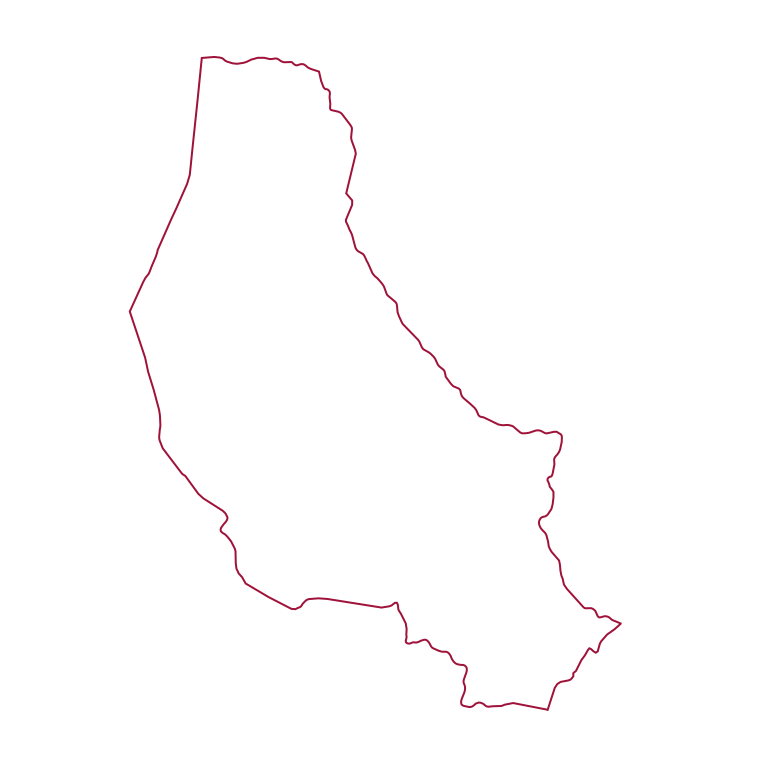 La Rioja, Natural Earth projection, rotated 186°
{"feature_id": "ARG-1302", "entity_name": "La Rioja", "entity_type": "Province", "adm_level": 1, "iso_a3": "ARG", "parent_name": "Argentina", "parent_adm1": "", "projection": "natural_earth1", "projection_center": [-67.822, -29.835], "detail": "fine", "context": "isolated", "style": "outline", "palette": "rose", "viewbox_px": 768, "rotation_deg": 186, "n_neighbors": 0, "source": "natural_earth", "source_scale": "10m", "svg_char_len": 5714}
<svg xmlns="http://www.w3.org/2000/svg" viewBox="0 0 768 768"><g transform="rotate(186 384 384)"><path d="M152.2,142.6L153.2,141.1L155.9,135.0L158.7,130.3L163.1,118.7L165.4,116.4L165.5,115.3L165.2,114.3L165.2,113.1L166.5,110.8L167.9,109.3L169.9,108.4L177.2,106.2L180.3,103.7L182.4,99.6L187.2,77.0L188.8,77.3L222.2,80.2L230.4,77.7L232.8,76.4L234.0,76.0L242.7,74.8L245.9,74.0L247.1,74.0L248.2,74.1L249.0,74.4L251.7,76.2L252.8,76.6L254.6,77.1L255.8,77.1L256.7,77.0L258.6,76.1L259.2,75.8L260.2,74.8L261.1,73.7L262.6,72.5L264.0,71.9L265.3,71.6L271.0,72.2L272.3,72.7L273.2,73.2L273.6,73.8L273.8,74.5L274.0,75.2L274.1,76.1L274.1,76.9L273.8,78.8L271.8,85.9L271.7,86.8L271.5,88.6L271.6,90.3L271.9,91.8L272.2,92.5L273.5,95.1L273.7,95.7L273.8,96.5L273.8,97.4L273.7,98.4L271.9,105.9L271.7,107.9L271.8,108.7L271.9,109.5L272.3,110.6L272.4,110.8L272.6,111.1L274.2,112.4L275.2,112.7L276.1,112.9L277.6,112.7L279.9,112.8L281.8,113.0L283.0,113.4L283.9,113.8L285.1,114.7L286.2,115.7L287.9,117.9L289.2,120.4L290.4,122.0L291.7,123.2L292.7,123.8L293.7,124.1L294.5,124.2L298.4,123.8L301.6,124.4L306.9,126.1L308.1,126.6L308.8,127.0L309.8,128.1L311.0,129.8L311.3,130.4L312.7,132.1L314.3,133.4L315.4,133.9L316.4,134.0L317.8,133.7L320.3,132.6L322.7,131.1L324.6,130.3L325.3,130.2L327.2,130.2L328.5,130.0L330.5,128.9L331.4,128.5L333.1,128.4L334.3,128.8L335.1,129.4L335.4,130.1L335.5,131.0L335.1,133.9L335.1,134.8L335.6,137.0L335.9,142.8L337.3,148.0L337.6,148.6L343.3,157.5L345.1,159.7L345.9,160.9L346.2,161.5L346.4,162.3L346.8,164.6L347.3,166.1L348.4,167.8L350.3,167.5L353.4,164.5L355.4,163.5L363.1,161.4L417.7,164.3L426.7,164.0L435.9,162.3L437.5,161.7L438.6,160.9L439.6,159.9L441.7,157.2L442.3,156.2L442.5,155.5L442.9,154.8L443.3,154.2L443.7,153.8L444.4,153.2L445.9,152.5L448.6,150.8L452.6,150.7L476.7,160.1L500.7,171.1L504.9,177.0L508.8,180.5L509.8,182.4L510.7,183.7L511.2,184.5L511.5,185.2L512.7,190.3L514.2,202.3L515.3,204.9L519.6,211.5L523.6,215.6L525.8,217.4L526.5,217.9L529.1,219.1L530.8,220.4L531.1,221.2L531.3,222.4L531.1,223.4L530.9,224.2L528.5,228.2L527.5,229.6L526.8,230.6L525.9,232.5L525.7,233.6L525.7,234.6L525.9,235.3L527.7,238.1L528.8,239.3L531.2,241.1L551.8,251.4L557.2,255.4L572.0,271.8L574.6,273.1L575.7,273.9L597.4,297.0L601.2,304.4L601.9,306.6L602.1,308.2L602.2,315.2L602.0,317.9L602.1,319.8L603.5,329.0L604.9,334.5L612.5,354.3L619.9,371.6L624.3,385.2L644.4,429.5L634.1,460.4L632.3,464.7L629.6,468.9L629.0,470.5L627.4,476.6L624.2,486.9L623.3,491.2L623.1,493.6L613.0,525.1L610.5,532.4L608.8,537.3L600.7,562.6L599.0,571.8L599.1,597.7L599.1,649.7L599.3,689.2L587.1,691.5L581.4,691.5L579.4,691.2L578.4,690.8L577.6,690.3L575.8,689.0L575.1,688.7L573.8,688.2L568.1,687.1L563.5,687.1L557.4,688.7L554.7,689.8L549.8,692.8L543.7,695.2L537.4,695.9L531.5,695.2L529.9,695.4L526.0,696.4L524.6,696.4L523.6,696.2L520.3,694.4L518.6,693.8L517.5,693.6L516.5,693.6L510.1,694.5L509.4,694.4L509.1,694.3L506.7,692.5L505.4,691.9L504.4,691.8L503.6,691.9L501.0,693.1L499.1,693.6L497.9,693.6L497.0,693.4L495.7,692.8L492.4,690.6L489.7,689.7L481.3,687.9L478.2,678.8L475.1,672.7L473.9,671.6L472.9,671.1L472.1,671.2L471.3,671.1L470.3,670.7L469.0,669.6L468.5,668.7L468.2,667.7L468.1,663.4L466.7,657.2L466.6,656.3L466.6,653.9L466.3,652.1L465.7,651.2L464.9,650.9L457.7,650.0L456.1,649.4L455.4,649.1L454.1,648.2L444.3,637.8L443.3,636.4L442.7,635.3L442.5,633.7L442.5,625.8L441.6,622.7L437.3,613.9L436.1,610.2L441.5,569.6L434.8,563.2L434.4,558.8L439.0,543.4L438.9,542.2L438.7,541.3L436.4,537.7L434.4,533.8L432.8,531.5L431.4,529.0L426.7,516.7L425.5,514.9L424.4,513.9L423.8,513.4L418.5,511.1L417.7,510.3L416.8,509.2L413.7,504.0L412.8,502.9L407.1,493.0L405.1,490.9L404.0,490.0L401.4,488.3L396.4,483.6L394.8,481.7L394.0,480.5L390.9,474.1L390.2,473.0L389.4,472.3L381.4,466.9L380.5,466.0L379.9,465.1L379.6,464.4L379.2,462.9L378.0,456.8L376.3,453.2L372.5,446.8L371.5,445.5L354.6,431.4L353.2,429.7L350.1,424.3L349.2,423.4L348.4,422.6L342.4,420.0L340.7,418.9L337.4,416.2L335.7,414.3L332.5,408.9L331.6,407.9L330.7,407.2L326.4,404.4L325.5,403.5L325.0,402.7L324.0,399.9L323.4,397.7L317.5,391.2L314.8,389.0L309.3,387.3L308.4,386.7L307.8,386.2L307.4,385.5L307.2,384.8L306.8,383.4L306.0,381.4L305.0,379.8L303.5,378.3L296.3,373.4L291.5,369.8L289.6,367.8L286.7,362.8L285.8,362.1L284.9,361.6L281.3,361.2L266.1,355.7L262.3,355.4L260.7,355.5L257.8,356.1L256.0,356.2L254.8,356.1L252.8,355.8L251.6,355.5L250.7,355.0L243.7,350.2L242.2,349.6L241.1,349.4L238.0,349.8L234.5,350.7L228.1,353.6L227.2,353.8L226.1,354.0L224.2,354.0L222.8,353.7L219.3,352.2L218.0,351.9L217.0,351.9L210.0,354.2L207.2,354.5L202.9,352.4L202.3,351.7L201.7,350.8L201.5,349.2L201.2,345.0L202.0,337.5L202.5,335.7L202.7,334.9L204.3,332.0L206.1,329.5L206.5,328.6L206.9,327.2L206.8,325.8L206.1,321.8L206.9,312.8L207.3,310.8L207.9,309.6L208.5,309.3L209.2,309.1L210.0,308.7L210.6,308.1L211.3,306.9L211.4,306.0L211.3,305.2L210.9,304.6L210.5,304.0L209.3,301.7L208.3,299.0L206.1,296.8L204.2,294.5L203.6,288.9L203.7,282.1L204.4,277.3L207.4,271.5L208.5,270.2L209.8,269.2L211.1,268.8L212.8,268.1L214.1,267.1L215.2,264.7L215.4,263.1L215.4,261.9L214.8,260.1L214.4,259.2L213.8,258.2L213.0,257.0L211.7,255.7L208.6,253.1L207.3,251.7L206.5,250.1L204.4,244.6L203.2,239.8L201.6,237.0L199.7,234.5L191.4,226.7L190.1,222.5L189.0,216.8L187.6,212.1L185.9,208.9L184.1,203.4L180.6,199.3L162.6,183.1L161.6,182.4L160.5,182.0L154.4,182.7L153.4,182.4L152.3,182.0L150.8,181.0L150.0,180.2L149.5,179.4L147.4,175.7L146.6,174.9L145.8,174.4L145.1,174.4L143.7,174.8L142.5,175.3L140.4,176.1L138.9,176.2L137.2,176.0L136.2,175.7L135.2,175.1L132.8,173.4L131.8,173.0L123.6,170.6L123.7,170.1L129.3,164.0L135.9,158.2L141.2,150.7L142.2,148.2L143.5,140.4L145.3,138.9L147.8,140.1L150.3,142.0L152.2,142.6Z" fill="none" stroke="#9f1239" stroke-width="2"/></g></svg>